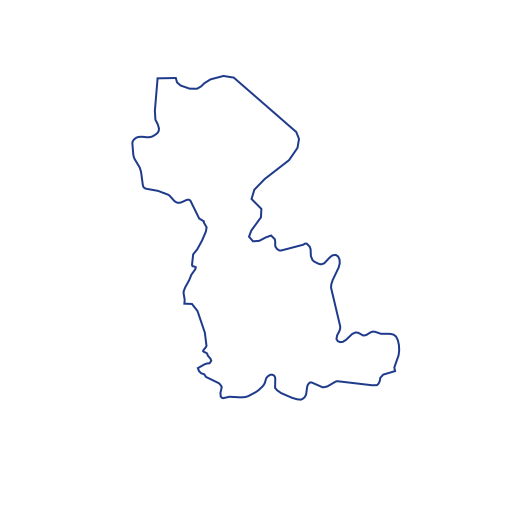 an SVG outline of Terni, rotated 33°
{"feature_id": "ITA-5433", "entity_name": "Terni", "entity_type": "Province", "adm_level": 1, "iso_a3": "ITA", "parent_name": "Italy", "parent_adm1": "", "projection": "albers", "projection_center": [12.428, 42.653], "detail": "fine", "context": "isolated", "style": "outline", "palette": "blue", "viewbox_px": 512, "rotation_deg": 33, "n_neighbors": 0, "source": "natural_earth", "source_scale": "10m", "svg_char_len": 2802}
<svg xmlns="http://www.w3.org/2000/svg" viewBox="0 0 512 512"><g transform="rotate(33 256 256)"><path d="M140.2,118.5L222.3,130.1L228.3,134.4L231.9,142.7L231.5,157.6L221.4,186.6L218.5,201.3L221.2,210.6L234.9,213.6L239.1,220.9L238.2,237.1L239.6,243.6L245.5,245.3L250.5,241.5L254.0,235.2L257.5,230.6L262.7,231.7L264.6,233.9L265.8,235.9L267.2,237.6L269.7,238.6L272.4,238.7L274.0,237.8L289.4,220.9L290.5,218.7L292.0,218.0L296.1,219.0L298.1,220.6L302.1,226.2L305.5,228.6L307.8,229.0L313.0,228.4L315.2,227.5L317.2,225.0L318.6,217.2L319.7,213.9L322.3,211.6L325.2,211.7L328.0,213.5L330.2,216.5L331.6,220.6L333.4,234.3L334.6,238.8L336.2,241.7L365.1,269.3L366.3,271.4L366.8,273.6L367.3,278.5L368.7,281.8L371.0,282.9L373.5,282.4L375.6,280.7L377.2,277.2L379.1,269.1L381.1,265.9L383.6,264.7L389.2,264.3L391.4,262.4L393.7,257.6L395.2,255.7L397.2,254.7L403.1,253.2L411.1,248.1L414.3,247.0L417.4,247.3L421.0,249.5L424.5,253.0L427.5,257.2L429.7,261.7L432.7,274.1L435.3,276.8L427.3,286.2L426.6,290.5L427.3,291.9L427.8,293.4L428.2,295.2L428.2,296.9L427.7,298.5L423.9,301.1L392.2,316.8L391.0,318.3L387.2,325.9L386.3,327.2L384.4,329.0L383.7,329.6L383.5,329.8L371.4,331.8L370.1,332.8L369.6,335.0L369.8,336.7L370.4,338.4L373.2,344.3L373.6,345.9L373.7,347.7L373.3,349.4L372.7,350.8L371.8,352.1L368.5,353.8L363.5,355.3L351.7,357.3L346.8,357.1L343.8,356.2L338.9,348.2L337.7,347.1L336.2,346.4L334.3,346.7L332.6,347.8L331.3,350.9L331.2,353.0L331.7,354.9L332.2,356.5L332.6,358.1L332.7,360.0L332.5,362.0L331.1,367.5L329.8,370.6L325.8,377.8L323.8,380.2L320.0,383.0L310.4,388.5L305.9,393.1L304.6,393.5L302.9,393.0L300.8,390.3L298.6,384.5L296.3,383.4L294.2,382.9L280.4,384.6L280.0,384.7L277.0,383.4L273.9,384.2L271.0,383.6L268.3,381.7L271.7,375.1L273.3,373.0L275.5,371.2L275.5,368.2L273.9,367.0L269.9,365.8L268.3,364.6L267.3,364.3L264.4,364.8L263.4,364.6L263.2,363.5L263.6,359.5L263.4,358.3L254.9,348.2L236.9,334.0L228.4,331.1L221.9,335.0L220.0,331.5L215.9,327.1L214.6,325.1L213.7,320.9L213.1,312.7L212.0,306.8L212.3,300.2L211.6,298.2L210.1,298.4L208.4,299.1L207.2,298.4L202.4,288.8L203.1,282.4L202.3,272.3L200.7,263.0L199.0,258.9L194.0,256.3L193.3,255.3L187.9,255.5L171.0,245.4L169.5,245.2L168.3,245.8L167.2,246.9L164.6,251.0L163.6,252.3L162.5,253.3L161.1,254.1L159.4,254.4L157.4,254.3L150.4,252.4L148.6,252.5L138.2,254.8L127.3,259.4L126.0,259.7L124.3,259.6L122.5,258.2L113.9,248.2L110.4,245.2L101.2,240.7L99.3,239.3L97.4,237.2L90.9,228.8L90.2,227.2L90.1,225.2L91.0,222.3L92.1,220.7L93.5,219.4L96.1,217.7L100.3,215.6L102.7,213.7L103.8,212.4L104.6,211.0L105.3,209.5L105.9,208.0L106.4,206.3L106.3,204.2L105.2,201.9L101.8,199.0L97.4,196.5L92.1,189.3L76.7,160.6L91.8,150.4L95.2,153.4L99.9,154.1L109.2,151.8L115.4,147.9L117.5,143.9L118.6,139.2L121.6,132.7L130.7,122.7L140.2,118.5Z" fill="none" stroke="#1e3a8a" stroke-width="2"/></g></svg>